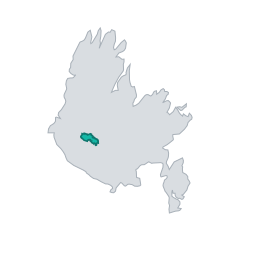 Graiguecullen -Portarlington-Lea-6, Laoighis, Ireland (highlighted), rotated 131°
{"feature_id": "5873133B32465812463029", "entity_name": "Graiguecullen -Portarlington-Lea-6", "entity_type": "district", "adm_level": 2, "iso_a3": "IRL", "parent_name": "Ireland", "parent_adm1": "Laoighis", "projection": "orthographic", "projection_center": [-7.112, 52.984], "detail": "fine", "context": "in_parent", "style": "filled", "palette": "teal", "viewbox_px": 256, "rotation_deg": 131, "n_neighbors": 0, "source": "geoboundaries", "source_scale": "gbopen_adm2", "svg_char_len": 6646}
<svg xmlns="http://www.w3.org/2000/svg" viewBox="0 0 256 256"><g transform="rotate(131 128 128)"><path d="M157.9,48.0L153.6,51.1L152.9,52.3L151.6,57.0L151.5,58.3L148.7,63.6L147.1,64.7L144.8,65.5L143.4,66.3L141.8,65.9L139.7,65.9L138.6,66.9L138.6,67.6L139.3,68.4L143.2,70.9L142.9,71.9L141.8,73.0L134.8,75.8L132.6,77.5L131.9,78.6L132.6,80.5L138.2,86.3L139.1,86.9L139.9,90.2L144.9,91.6L146.9,93.7L148.7,94.2L152.5,94.1L154.0,94.8L154.9,94.2L155.4,93.2L159.7,89.1L158.3,86.1L162.6,81.0L163.8,81.1L165.8,82.6L167.5,84.8L168.0,87.7L169.6,90.3L170.6,91.2L173.4,91.7L174.0,92.8L173.6,96.6L174.0,97.8L181.0,97.7L183.8,96.0L186.2,96.3L187.4,97.9L188.0,99.7L185.9,100.4L183.7,100.0L182.7,101.2L182.6,103.4L183.4,106.3L184.9,108.3L186.1,112.8L187.1,117.9L188.7,120.9L189.1,124.7L188.9,126.6L189.2,129.9L188.6,131.1L189.1,134.2L191.8,144.3L192.5,152.3L191.2,155.2L189.5,158.1L188.4,161.4L187.6,165.1L187.2,170.9L183.5,177.7L181.9,179.4L180.0,180.5L184.1,185.2L180.8,187.4L177.2,188.1L173.2,186.9L170.6,187.1L167.5,189.6L166.7,189.1L165.2,185.2L164.1,189.2L161.8,190.5L157.8,190.3L151.1,191.3L148.6,192.5L147.5,194.2L146.7,196.3L145.6,197.5L144.5,198.2L139.3,199.7L138.3,200.3L135.8,203.6L132.7,205.5L130.1,206.0L127.8,204.1L126.8,202.9L125.8,202.3L122.2,202.3L123.3,202.9L124.0,204.3L124.3,206.9L123.9,209.5L122.1,210.8L120.0,211.0L116.7,213.6L112.3,214.3L109.8,216.7L95.2,220.5L94.4,220.5L92.4,219.4L90.3,218.8L88.1,219.1L82.0,221.2L79.0,220.6L83.0,215.0L88.1,212.2L88.7,211.4L87.0,211.0L77.4,212.7L74.0,214.3L70.7,214.6L72.3,212.1L76.8,208.6L80.5,206.4L82.2,204.3L86.8,202.0L72.1,206.5L68.3,205.7L67.5,204.3L64.5,204.8L63.5,201.4L68.1,196.5L70.8,194.4L73.9,193.3L76.8,191.7L78.0,189.7L76.6,189.0L67.9,189.2L63.8,188.5L64.1,186.9L64.9,185.1L69.4,182.2L71.7,181.8L73.8,182.2L77.4,184.1L82.3,183.7L80.3,181.7L80.1,177.6L78.6,176.2L80.7,174.4L83.0,173.3L86.9,169.6L88.3,169.0L95.8,168.3L103.9,166.5L112.0,163.9L107.9,162.2L106.0,160.1L102.7,164.2L100.4,165.7L94.0,166.4L92.0,165.9L89.2,164.5L88.3,164.9L87.4,165.9L83.1,167.8L78.6,168.1L83.9,164.6L90.7,158.4L92.3,156.4L94.4,152.9L93.9,151.3L92.5,150.4L97.5,143.3L99.2,142.0L102.2,141.9L104.5,140.8L105.4,140.8L106.3,140.4L108.3,138.3L105.4,136.9L102.3,136.1L92.7,136.5L91.5,136.3L90.3,135.6L89.6,134.6L89.1,132.1L88.4,131.6L86.3,131.5L84.1,132.2L82.7,132.0L81.2,130.9L83.7,128.5L80.7,127.8L77.7,128.1L75.2,127.3L75.2,125.7L76.4,124.2L74.9,122.6L74.7,120.7L76.3,119.8L78.1,120.2L81.6,118.9L86.2,118.4L82.4,116.9L80.9,115.7L80.9,113.9L81.2,112.3L85.8,109.9L90.6,108.9L90.3,107.2L90.7,105.3L85.9,104.6L81.1,105.7L81.8,102.2L83.0,99.0L83.3,96.9L83.2,94.6L81.0,95.5L80.8,92.3L80.0,90.1L76.6,91.4L76.9,88.5L77.9,86.6L79.6,85.7L81.3,86.2L84.4,86.3L87.5,84.9L91.9,84.6L98.8,85.3L103.5,89.8L104.7,89.0L106.7,86.4L107.6,86.1L114.8,87.5L119.2,89.1L120.4,88.7L119.9,85.6L118.4,83.5L120.4,80.8L122.7,79.0L124.3,78.1L127.9,77.0L129.5,76.0L130.6,72.5L132.3,69.6L123.3,70.9L114.8,67.3L116.2,64.9L118.0,63.5L121.2,62.5L121.5,61.2L123.1,60.2L125.7,57.5L124.9,53.8L125.4,51.1L127.3,49.4L127.9,46.9L128.8,45.1L132.6,44.5L136.2,42.9L141.8,42.7L143.3,43.4L143.0,40.4L145.6,40.0L146.6,40.6L147.1,42.8L148.3,44.1L148.6,46.5L147.8,48.3L146.4,49.7L147.7,51.2L145.7,53.8L147.8,52.7L150.7,50.1L150.6,48.1L150.1,45.4L149.3,43.0L149.7,40.4L151.4,38.8L155.7,38.0L153.9,35.0L155.5,34.8L157.2,35.4L159.7,37.7L165.0,41.0L162.4,43.8L159.2,45.8L157.9,48.0ZM80.3,103.3L80.1,104.7L78.0,102.9L77.1,100.9L71.4,99.8L73.9,98.0L75.0,98.6L79.1,98.9L80.2,99.7L80.3,103.3Z" fill="#d9dde1" stroke="#a8b0b8" stroke-width="1"/><path d="M157.0,143.5L156.9,143.6L156.7,144.1L157.0,144.4L156.9,144.6L157.0,144.8L157.3,144.9L157.4,145.0L157.4,145.3L157.3,145.5L157.6,145.7L157.5,145.8L157.5,146.0L157.6,146.3L157.6,146.5L157.6,146.8L157.4,146.8L157.1,146.9L157.1,147.0L157.2,147.3L157.4,147.4L157.4,147.5L157.6,147.6L158.0,147.6L158.3,147.7L158.2,147.9L158.1,148.0L158.3,148.4L158.2,148.4L157.9,148.5L157.5,148.7L157.6,148.8L157.5,149.0L157.4,149.0L157.2,149.3L157.1,149.6L157.1,149.8L157.2,150.2L157.2,150.3L157.4,150.6L157.6,150.6L157.6,150.9L157.6,151.0L157.4,151.1L157.2,151.1L156.7,151.4L156.6,151.5L156.7,151.8L156.9,152.0L156.9,152.3L157.0,152.3L157.1,152.5L157.3,152.4L157.5,152.7L157.6,152.8L157.8,153.1L158.0,153.1L158.4,153.2L158.5,153.4L158.7,153.5L158.8,153.6L159.0,153.7L159.4,153.7L159.5,153.7L159.5,153.8L159.5,154.0L159.4,154.1L159.4,154.3L159.4,154.5L159.4,154.8L159.4,155.0L159.5,155.1L159.8,154.9L159.8,155.0L160.1,155.3L160.1,155.5L160.1,155.8L160.0,156.1L160.0,156.3L160.3,156.5L160.4,156.8L160.5,157.0L160.6,157.4L160.7,157.5L160.8,157.4L160.8,157.5L161.0,157.4L161.3,157.3L161.5,157.6L161.4,157.6L161.6,157.8L161.9,157.9L162.0,158.0L162.4,158.8L162.4,159.0L162.7,158.9L162.9,158.7L162.9,158.4L163.0,158.3L163.0,158.2L163.5,158.1L163.8,158.2L163.7,158.3L164.0,158.2L164.4,158.2L164.6,158.2L164.8,158.2L165.0,158.2L165.3,158.1L165.5,158.0L165.6,157.9L165.6,157.7L165.8,157.6L165.9,157.4L166.0,157.2L165.9,157.0L165.7,156.7L166.1,156.5L166.1,156.4L166.0,156.1L166.0,155.7L166.1,155.4L166.0,155.1L165.9,155.0L165.9,154.9L165.9,154.6L165.9,154.4L165.8,154.2L166.0,153.9L166.0,153.5L166.1,153.3L166.0,153.1L166.0,152.8L165.7,152.5L165.7,152.4L165.6,152.2L165.5,151.9L165.5,151.7L165.3,151.4L165.2,151.2L165.0,150.9L165.0,150.7L164.9,150.3L164.8,150.2L164.7,150.0L164.4,150.2L164.1,150.4L163.9,150.4L163.7,150.5L163.5,150.4L163.6,150.2L163.3,150.1L163.1,150.0L162.9,150.1L162.7,150.0L162.7,149.9L162.6,150.0L162.5,149.9L162.2,149.8L162.1,149.4L161.9,149.3L161.8,149.1L161.7,149.1L161.5,148.9L161.5,148.6L161.6,148.3L161.9,148.1L162.1,148.0L162.1,147.5L162.2,147.3L162.1,147.2L162.3,147.2L162.5,147.2L162.4,146.9L162.4,146.7L162.4,146.4L162.6,146.4L162.8,146.1L162.7,146.0L162.6,145.8L162.6,145.7L162.8,145.7L162.8,145.4L162.7,145.2L162.6,144.9L162.5,144.6L162.6,144.4L162.5,144.2L162.4,144.0L162.4,143.9L162.2,143.7L162.1,143.8L162.0,143.7L161.9,143.7L162.0,143.6L161.9,143.6L161.9,143.4L161.8,143.2L161.7,142.9L161.6,142.7L161.4,142.6L161.1,142.4L161.3,142.3L161.3,142.2L161.4,141.7L161.2,141.4L161.3,141.3L161.5,141.4L161.8,141.5L162.0,141.7L162.0,141.8L162.1,141.7L162.2,141.4L162.3,141.3L162.3,141.2L162.3,140.9L162.2,140.8L162.0,140.7L161.9,140.7L161.7,140.6L161.4,140.6L161.2,140.7L161.1,140.8L160.9,141.0L161.0,141.2L160.8,141.3L160.5,141.4L160.4,141.3L160.1,141.3L159.9,141.4L159.7,141.4L159.4,141.4L159.2,141.4L159.0,141.2L159.1,140.9L158.9,140.5L158.5,140.9L158.6,141.0L158.4,141.2L158.4,141.3L158.4,141.5L158.2,141.5L157.9,141.7L157.8,141.8L157.6,141.7L157.5,141.8L157.4,141.9L157.4,142.0L157.3,142.3L157.1,142.3L156.8,142.7L157.1,143.0L157.3,143.0L157.1,143.5L157.0,143.5Z" fill="#14b8a6" stroke="#0f766e" stroke-width="1.5"/></g></svg>